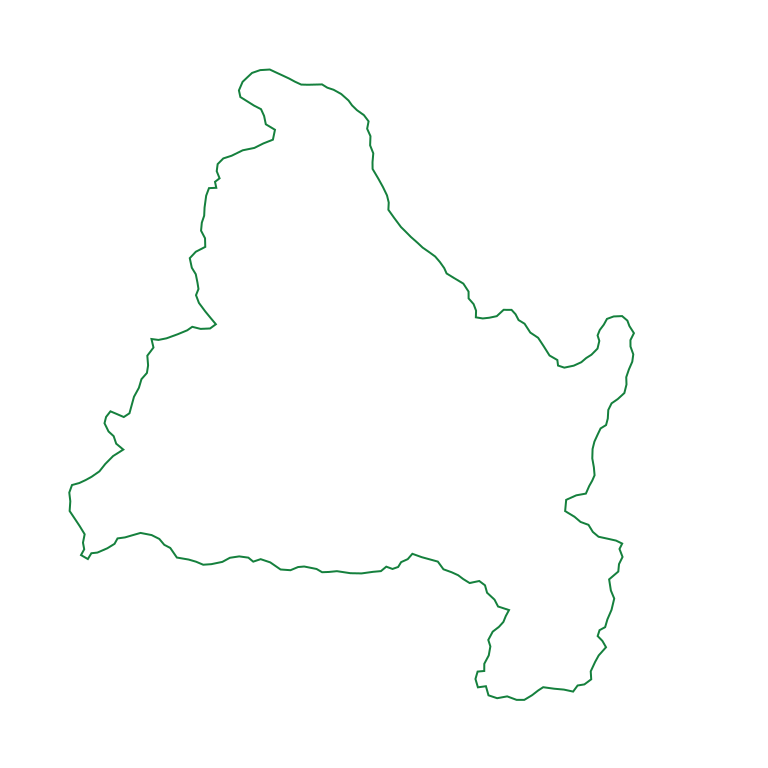 outline of Atibaia, São Paulo, Brazil, rotated 284°
{"feature_id": "56859067B27497144633618", "entity_name": "Atibaia", "entity_type": "district", "adm_level": 2, "iso_a3": "BRA", "parent_name": "Brazil", "parent_adm1": "São Paulo", "projection": "orthographic", "projection_center": [-46.586, -23.13], "detail": "fine", "context": "isolated", "style": "outline", "palette": "green", "viewbox_px": 768, "rotation_deg": 284, "n_neighbors": 0, "source": "geoboundaries", "source_scale": "gbopen_adm2", "svg_char_len": 3694}
<svg xmlns="http://www.w3.org/2000/svg" viewBox="0 0 768 768"><g transform="rotate(284 384 384)"><path d="M658.6,187.9L653.9,180.7L648.5,177.2L643.0,173.7L633.8,172.2L627.7,175.2L625.0,183.5L622.7,190.5L620.9,198.2L615.1,202.8L607.4,206.5L604.3,216.7L594.2,217.1L588.2,208.7L581.7,201.1L576.6,190.4L568.6,180.9L564.0,173.5L557.1,169.4L550.0,170.2L543.8,174.7L539.3,171.1L533.8,173.8L531.7,166.8L523.7,165.9L511.8,167.2L503.8,168.8L496.5,168.2L488.5,169.4L482.1,175.1L473.8,177.4L466.8,169.4L459.1,165.1L450.3,169.4L445.0,174.8L437.2,178.5L431.3,181.0L424.7,180.1L417.9,184.8L411.1,193.1L406.2,199.7L401.3,206.4L395.8,201.8L393.1,192.7L393.1,184.1L388.5,180.1L382.3,171.7L375.7,161.9L372.2,154.5L371.4,147.5L363.6,151.5L354.2,147.5L345.0,150.6L337.4,151.3L330.0,147.5L321.0,147.1L311.1,144.5L294.0,144.1L289.0,139.5L290.3,131.6L291.3,125.2L284.8,122.3L278.3,122.3L271.3,128.2L268.0,134.3L261.3,138.6L257.3,146.9L248.6,138.6L239.0,132.9L230.4,129.0L223.2,122.7L218.5,117.6L214.2,112.3L210.5,105.7L202.5,104.9L194.3,108.0L184.7,109.7L178.9,116.1L172.6,123.0L165.8,129.9L157.2,130.3L151.1,133.1L144.7,131.4L142.5,139.0L149.0,141.0L151.1,146.7L157.6,155.2L163.7,161.2L169.7,162.8L172.5,169.8L176.8,177.2L180.6,183.8L181.2,195.1L179.3,203.5L174.8,209.7L173.2,216.3L165.5,225.0L166.4,236.9L166.1,244.6L164.9,252.3L167.4,260.0L172.3,270.2L178.1,276.5L181.7,285.2L182.7,294.4L180.0,300.1L184.2,306.7L183.4,316.8L179.0,328.5L180.7,338.3L185.6,344.9L187.6,350.7L188.2,363.3L186.4,369.5L188.3,376.0L191.0,383.6L192.3,397.2L194.8,408.1L199.1,418.8L201.7,426.3L207.3,430.4L206.6,437.0L209.9,442.0L215.3,443.7L219.8,449.4L226.1,452.6L225.1,462.6L224.9,471.3L224.7,479.2L218.6,486.5L217.7,495.2L216.4,502.2L214.0,507.8L211.6,515.2L215.9,524.1L213.1,530.7L206.4,534.5L201.5,543.4L195.7,548.5L194.9,560.0L188.3,558.3L182.0,557.4L176.2,554.3L170.0,549.4L160.9,547.1L155.1,550.7L146.0,551.3L136.8,549.0L129.8,550.7L127.6,544.4L119.9,544.1L112.4,548.5L115.4,556.0L107.2,560.7L106.5,569.8L110.7,579.1L109.6,589.0L111.5,596.6L117.8,602.9L124.0,607.8L128.3,611.8L129.5,622.8L131.0,632.5L131.3,641.9L138.3,644.8L141.0,651.1L147.6,656.5L155.2,654.1L165.5,656.1L172.6,658.0L182.3,663.1L187.6,658.0L191.1,652.3L197.3,652.7L201.6,657.4L209.6,657.7L219.9,659.4L231.5,659.3L238.5,654.1L248.9,649.7L258.7,656.7L266.1,655.6L273.9,657.3L280.9,652.4L286.8,653.7L288.2,647.0L288.0,638.7L287.7,629.1L291.0,622.4L296.8,616.5L297.7,608.1L301.2,601.1L304.5,590.5L315.7,588.8L322.5,597.5L326.5,606.4L334.7,607.8L340.5,609.4L346.4,610.4L353.9,607.8L362.2,604.1L371.4,602.1L379.0,602.1L387.0,603.6L393.3,604.9L397.9,609.4L404.6,609.5L413.1,607.9L420.3,609.5L426.0,614.5L433.4,619.4L442.2,619.4L449.2,617.4L457.4,618.1L465.7,619.5L473.1,618.7L480.0,614.1L486.2,612.5L493.8,614.2L499.6,608.1L504.4,604.8L507.5,598.6L505.1,590.5L501.1,584.6L494.7,582.9L488.6,580.3L482.8,579.5L477.9,582.5L470.0,582.6L462.6,578.2L458.1,573.9L452.9,570.2L447.7,563.7L443.5,555.0L444.0,548.4L449.2,546.4L451.7,537.7L459.1,530.0L466.1,522.4L469.3,513.5L476.5,505.8L478.6,499.1L483.5,494.8L486.8,489.8L484.9,482.1L477.1,477.0L473.8,470.2L471.5,464.0L470.9,457.0L477.4,455.6L483.2,451.6L487.5,445.4L494.1,443.7L500.6,436.7L503.7,426.5L506.4,418.0L511.0,414.4L515.9,408.7L520.1,402.8L523.2,395.1L525.7,388.5L529.0,382.6L533.3,374.3L537.4,367.6L540.4,362.5L547.6,353.7L554.1,346.1L561.2,344.7L567.7,341.3L574.9,335.3L582.0,328.7L589.9,320.9L596.4,319.2L605.2,317.8L612.2,312.8L621.2,310.9L627.6,305.9L635.1,305.5L640.0,299.5L643.1,291.6L646.6,285.6L650.5,281.0L655.0,272.4L657.3,263.9L657.8,257.3L659.7,251.4L656.0,238.0L654.5,231.2L655.8,224.4L657.4,218.2L658.8,211.1L660.3,203.2L661.5,197.1L658.6,187.9Z" fill="none" stroke="#15803d" stroke-width="2"/></g></svg>